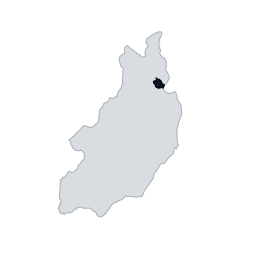 Bayandelger, Sühbaatar, Mongolia (highlighted), rotated 287°
{"feature_id": "93677404B18322501666911", "entity_name": "Bayandelger", "entity_type": "district", "adm_level": 2, "iso_a3": "MNG", "parent_name": "Mongolia", "parent_adm1": "Sühbaatar", "projection": "orthographic", "projection_center": [112.368, 45.634], "detail": "fine", "context": "in_parent", "style": "filled", "palette": "ink", "viewbox_px": 256, "rotation_deg": 287, "n_neighbors": 0, "source": "geoboundaries", "source_scale": "gbopen_adm2", "svg_char_len": 4173}
<svg xmlns="http://www.w3.org/2000/svg" viewBox="0 0 256 256"><g transform="rotate(287 128 128)"><path d="M27.8,86.5L28.5,86.7L29.8,86.2L30.3,85.1L30.8,84.6L33.5,85.1L34.5,85.8L35.0,85.1L35.6,85.9L36.3,85.8L36.8,85.6L37.5,84.8L38.3,85.3L40.1,84.7L40.6,83.0L41.3,82.7L42.7,82.8L43.1,82.1L43.5,81.9L44.5,82.0L46.5,81.6L47.3,81.7L48.2,81.1L50.0,80.5L52.4,80.7L52.7,80.2L55.2,79.2L57.5,79.7L58.5,78.4L58.9,78.4L60.0,80.5L60.7,80.4L61.1,79.8L62.0,80.1L62.1,81.3L62.6,81.9L69.2,84.0L69.3,84.5L69.0,87.3L69.9,88.9L70.1,89.6L72.0,89.8L72.9,91.1L74.5,91.4L75.3,91.8L77.1,91.2L77.5,91.3L77.9,91.9L78.7,91.7L80.0,92.9L81.2,93.0L81.7,93.5L82.4,93.3L84.0,93.9L85.1,95.6L86.0,95.7L87.3,94.9L87.7,94.3L89.4,94.3L90.4,93.8L91.2,93.3L92.5,91.4L93.1,89.2L92.3,88.7L91.8,87.8L91.6,86.6L91.7,85.8L91.2,84.4L91.4,83.8L92.0,82.8L92.6,81.1L93.3,80.2L94.5,79.9L94.7,79.2L95.7,78.0L97.5,77.5L98.7,76.1L99.6,74.7L100.2,75.6L102.2,77.1L104.0,77.9L105.0,79.2L108.1,79.9L113.1,83.3L114.3,83.4L117.3,84.9L117.6,85.3L117.3,87.3L117.4,87.8L117.3,90.0L117.7,91.1L117.4,92.4L117.6,92.8L118.4,93.1L119.5,94.6L122.4,95.9L123.1,96.9L125.1,97.7L126.2,97.4L127.9,97.8L128.5,97.7L129.7,96.8L130.4,96.6L134.4,96.2L135.5,95.6L136.2,95.5L139.2,96.4L141.2,97.6L144.3,97.7L145.6,98.9L146.2,100.0L147.3,101.1L151.5,101.7L151.7,102.0L151.5,104.2L151.7,104.6L154.3,107.2L155.6,108.0L159.5,108.1L165.6,109.9L167.1,109.4L168.3,110.2L168.8,110.2L172.9,108.2L173.4,108.3L177.6,107.6L180.2,106.5L182.2,106.6L183.7,105.7L184.4,103.9L186.9,101.9L191.4,99.2L194.2,99.5L195.8,100.4L197.6,102.2L198.6,102.6L200.4,102.7L202.9,101.3L204.3,101.6L205.6,102.1L206.5,103.0L202.9,112.7L202.8,113.3L201.6,115.3L201.5,118.5L199.9,119.8L200.2,121.5L200.6,122.2L202.5,124.0L203.1,123.7L203.6,122.9L204.6,122.2L206.5,122.3L208.1,121.9L210.1,122.4L212.0,123.8L214.5,120.4L217.0,119.8L219.3,120.1L221.2,122.1L223.3,123.0L224.0,124.2L224.9,124.6L225.1,125.2L227.9,127.5L228.6,129.1L229.4,130.2L229.5,131.4L229.4,132.0L228.4,132.8L224.7,132.8L222.5,131.8L221.8,132.5L219.0,132.4L217.4,133.1L216.4,133.6L215.8,134.4L215.3,134.6L214.9,134.6L214.0,134.1L213.3,134.1L213.1,134.3L212.7,136.3L210.3,136.5L209.5,136.3L207.6,137.3L207.3,138.1L206.3,139.3L205.4,141.4L205.7,142.2L205.4,142.8L203.7,144.0L202.0,145.7L198.5,146.5L196.8,146.7L195.6,146.3L194.4,146.6L193.5,148.5L191.2,150.8L187.8,153.0L181.7,151.8L181.0,151.4L179.7,150.1L176.2,150.0L175.1,150.9L174.2,152.3L172.7,156.8L174.0,159.3L175.7,161.0L176.3,162.2L176.3,163.2L175.2,163.6L173.6,165.2L169.8,166.7L165.3,172.1L157.6,175.2L152.9,175.2L149.3,174.7L139.1,175.6L132.4,178.0L127.4,180.0L126.3,181.1L125.8,181.3L124.9,180.7L122.3,180.3L122.5,178.2L116.7,178.9L112.4,175.9L106.1,173.6L104.8,172.9L103.0,169.8L101.8,169.3L99.0,168.8L91.4,166.4L87.7,166.9L72.3,162.0L66.5,161.5L66.3,161.2L66.3,159.4L64.2,156.2L64.0,155.4L64.0,154.4L63.0,148.5L61.8,147.4L62.5,145.2L60.4,144.9L58.4,143.5L56.4,141.4L55.6,139.9L54.1,139.3L52.6,136.7L51.8,136.0L47.3,134.0L44.8,133.6L42.4,132.4L39.6,131.6L38.8,130.9L37.9,130.7L36.5,129.3L35.3,129.2L34.8,125.7L35.6,123.9L36.5,122.9L38.3,121.5L38.4,120.9L38.3,119.2L39.8,116.6L40.0,114.8L39.8,112.7L39.0,111.9L38.4,108.9L38.5,106.7L38.4,105.2L37.2,103.9L37.1,102.5L36.8,102.3L36.3,102.6L35.5,102.6L34.9,101.5L34.7,100.5L34.3,100.1L33.4,99.9L32.4,100.1L31.6,99.6L31.1,98.6L29.4,96.7L29.7,95.8L29.6,95.1L29.0,94.7L28.6,93.9L26.9,92.5L27.0,92.0L27.8,91.2L26.7,90.0L26.5,89.0L27.6,88.1L27.5,87.3L27.8,86.5Z" fill="#d9dde1" stroke="#a8b0b8" stroke-width="1"/><path d="M183.6,140.8L183.0,141.1L182.4,141.2L181.3,140.8L181.0,140.1L179.9,138.9L179.7,139.0L178.1,140.0L177.7,141.3L177.2,141.6L176.7,141.9L176.3,142.1L175.8,142.6L175.5,142.9L175.2,144.4L175.2,144.6L175.2,144.9L175.1,145.6L175.3,145.7L175.9,146.2L175.8,146.8L176.4,147.5L176.8,148.0L176.6,148.5L176.7,149.8L176.8,149.8L177.3,149.7L177.4,149.9L177.6,149.9L178.0,149.9L178.2,150.0L178.5,150.0L178.8,150.0L179.1,150.0L179.4,150.0L179.6,150.0L179.7,149.9L179.8,149.9L180.0,148.3L181.2,146.8L182.0,146.2L182.4,145.8L182.6,145.7L182.6,145.4L182.8,145.1L183.1,144.7L183.4,143.7L183.4,143.3L183.2,143.0L183.4,142.6L183.4,142.2L183.3,141.7L183.6,140.8Z" fill="#0f172a" stroke="#020617" stroke-width="1.5"/></g></svg>